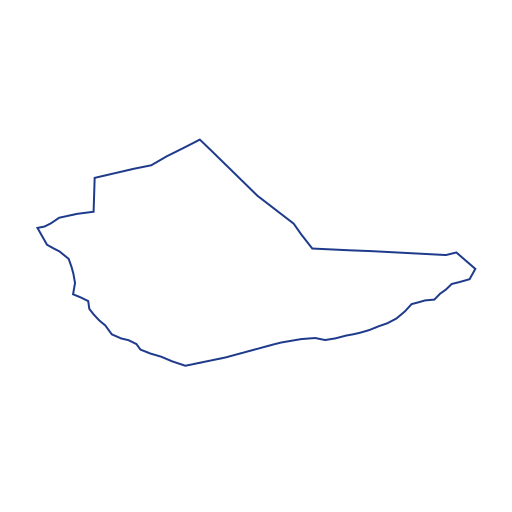 outline of Governador Mangabeira, Bahia, Brazil, rotated 183°
{"feature_id": "56859067B50900634198683", "entity_name": "Governador Mangabeira", "entity_type": "district", "adm_level": 2, "iso_a3": "BRA", "parent_name": "Brazil", "parent_adm1": "Bahia", "projection": "orthographic", "projection_center": [-39.08, -12.588], "detail": "fine", "context": "isolated", "style": "outline", "palette": "blue", "viewbox_px": 512, "rotation_deg": 183, "n_neighbors": 0, "source": "geoboundaries", "source_scale": "gbopen_adm2", "svg_char_len": 1016}
<svg xmlns="http://www.w3.org/2000/svg" viewBox="0 0 512 512"><g transform="rotate(183 256 256)"><path d="M36.3,254.6L56.1,270.0L66.4,266.9L85.6,266.9L107.3,266.9L140.8,266.9L162.8,266.6L200.2,266.4L212.1,280.1L220.1,290.3L257.7,316.2L306.5,359.2L318.2,369.3L334.4,359.9L350.2,351.0L365.4,341.1L383.0,336.6L421.2,325.6L420.5,291.7L437.0,288.7L454.6,283.9L462.5,277.9L468.6,274.4L475.7,272.6L465.3,256.3L458.8,253.1L452.5,250.3L442.9,243.3L439.6,235.3L437.4,228.6L435.3,219.5L436.7,208.2L429.0,205.5L421.2,202.2L419.7,194.5L415.1,189.2L409.1,183.4L402.9,178.8L395.9,170.2L386.3,166.6L379.0,165.3L370.8,161.8L366.5,156.5L356.5,153.1L345.5,150.5L334.2,146.4L320.8,142.7L281.1,153.1L234.2,168.5L226.4,170.9L206.5,175.4L192.6,177.2L182.6,175.7L172.4,177.9L161.7,181.3L154.8,182.9L148.1,184.8L139.2,187.9L129.7,192.3L121.3,195.7L112.4,201.0L104.4,208.5L98.1,216.1L91.2,218.3L84.8,220.5L75.6,221.8L70.1,228.1L64.7,232.3L59.1,238.3L51.8,240.5L41.5,244.0L36.3,254.6Z" fill="none" stroke="#1e3a8a" stroke-width="2"/></g></svg>